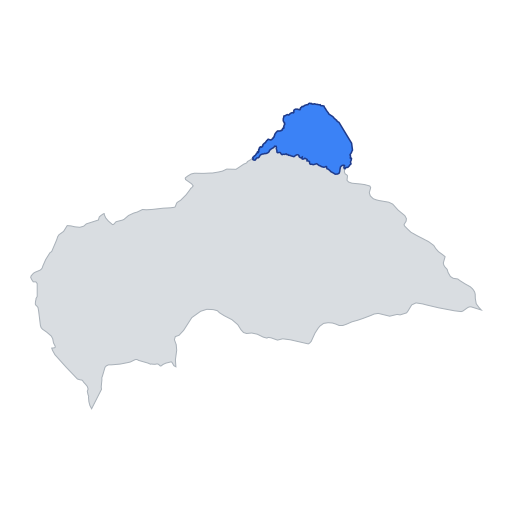 location of Birao, Vakaga, Central African Republic
{"feature_id": "33826404B56670707739048", "entity_name": "Birao", "entity_type": "district", "adm_level": 2, "iso_a3": "CAF", "parent_name": "Central African Republic", "parent_adm1": "Vakaga", "projection": "mercator", "projection_center": [22.276, 9.995], "detail": "fine", "context": "in_parent", "style": "filled", "palette": "blue", "viewbox_px": 512, "rotation_deg": 0, "n_neighbors": 0, "source": "geoboundaries", "source_scale": "gbopen_adm2", "svg_char_len": 9236}
<svg xmlns="http://www.w3.org/2000/svg" viewBox="0 0 512 512"><path d="M364.7,184.6L369.8,186.0L370.7,187.6L369.3,192.7L370.3,195.9L373.2,198.7L376.1,199.8L378.9,200.5L388.7,202.2L392.7,204.1L398.1,210.1L404.8,215.6L406.4,218.6L406.1,221.2L404.1,224.4L404.4,225.8L407.5,229.0L411.0,232.3L417.5,235.9L428.7,241.7L433.8,245.5L435.6,248.4L438.4,251.6L442.4,254.5L445.1,256.7L443.3,263.0L443.8,265.1L444.8,266.8L447.1,269.3L448.1,272.5L450.4,276.5L453.2,278.3L457.8,279.0L460.2,280.8L465.3,284.0L470.2,286.7L472.3,288.6L473.6,290.2L474.7,292.2L475.2,294.2L475.3,298.4L476.2,303.7L478.8,307.3L481.3,310.0L471.3,306.9L469.8,306.8L468.0,307.4L462.8,311.1L461.1,311.6L454.5,310.8L438.6,307.8L426.3,304.9L422.6,303.9L416.0,302.9L411.7,304.9L407.6,311.6L406.5,312.9L400.1,314.9L397.1,314.4L389.7,316.2L378.3,313.4L374.2,314.0L371.0,315.4L362.8,318.5L357.8,320.2L352.0,321.8L346.5,324.2L342.8,325.5L339.2,325.5L335.9,324.1L332.4,323.0L328.1,322.7L323.6,323.4L319.9,326.1L318.3,328.0L315.0,333.1L311.2,341.4L309.6,343.1L308.3,343.9L290.4,339.8L282.7,338.8L277.5,340.1L271.0,337.8L268.2,337.4L266.9,338.1L263.2,337.1L257.3,334.2L251.7,333.0L246.6,333.5L243.5,332.5L241.0,329.8L237.8,324.7L232.0,319.7L224.2,315.7L219.4,312.7L217.4,310.7L213.2,309.6L206.8,309.3L200.6,311.3L191.8,317.6L183.6,330.4L179.0,335.3L175.3,336.6L174.4,339.7L176.2,344.6L176.7,350.2L175.4,359.8L175.9,366.8L173.9,365.7L172.0,362.4L171.2,361.8L165.7,363.2L162.9,364.5L161.4,365.8L160.3,366.0L158.5,364.3L157.2,363.9L155.0,364.3L152.9,364.2L151.5,364.0L150.5,364.2L148.0,363.1L138.6,360.4L137.0,359.5L135.2,359.6L130.3,362.0L127.7,362.6L120.0,364.1L111.8,364.8L108.6,364.8L106.4,365.8L105.0,367.3L102.4,376.2L101.8,377.7L101.9,379.9L101.2,387.0L101.5,389.3L91.6,408.8L89.9,405.5L88.9,401.7L88.5,397.4L88.7,396.2L88.1,394.9L87.3,391.3L88.1,389.0L87.4,386.6L85.5,384.2L83.8,382.4L82.7,380.8L81.9,380.1L80.0,379.8L77.4,379.0L66.4,367.5L54.9,354.7L52.6,350.5L51.7,348.1L54.5,347.8L55.2,347.3L55.2,346.2L53.5,342.9L52.7,338.7L51.3,336.1L46.8,332.2L42.5,329.2L41.1,327.6L40.4,325.4L38.7,311.5L38.0,307.5L36.6,305.8L35.7,305.0L35.3,304.0L35.5,301.5L36.0,299.3L36.0,298.5L37.2,296.5L37.2,283.6L35.8,281.8L33.2,281.8L31.9,279.9L30.7,277.5L31.1,275.9L33.5,273.2L35.2,272.2L40.0,270.2L41.4,269.1L42.3,267.8L42.8,266.1L45.7,259.5L49.9,252.8L51.7,251.5L55.9,241.7L56.9,239.2L57.7,236.7L59.0,234.7L63.6,231.4L67.2,225.6L70.9,225.9L74.8,226.8L79.8,227.3L83.7,226.2L86.3,223.9L98.4,220.0L99.3,216.9L101.2,215.3L103.4,213.8L104.2,213.6L104.3,214.7L105.7,217.9L108.4,221.1L112.5,224.6L113.6,224.4L116.1,221.7L122.4,220.1L124.0,219.4L128.5,215.5L133.9,213.0L137.1,212.1L142.5,209.5L146.4,209.8L152.6,209.4L163.0,208.2L170.5,207.8L174.3,207.3L175.2,206.8L176.7,203.0L177.8,202.0L180.6,200.3L186.2,194.7L189.8,189.9L190.9,188.2L191.6,187.9L193.2,185.9L191.6,183.8L185.5,179.5L185.5,179.0L185.2,178.2L185.5,177.7L187.9,175.9L191.1,174.0L194.5,173.2L203.3,173.4L210.9,173.0L212.6,173.0L218.5,172.0L222.5,171.1L226.7,169.1L236.0,169.3L243.8,164.1L246.1,163.2L247.1,162.4L247.3,161.6L251.0,159.5L255.1,155.2L258.3,151.4L259.2,148.7L268.0,139.5L271.1,139.7L272.6,138.5L276.1,132.4L277.2,131.2L280.9,130.2L282.6,128.3L284.1,125.6L284.1,122.3L283.4,119.6L283.4,118.3L284.3,117.1L285.7,115.9L292.4,112.6L294.1,111.0L295.1,109.5L297.0,109.3L299.0,109.4L300.3,108.5L301.8,107.0L306.5,105.0L310.8,103.4L315.3,104.0L323.5,106.1L325.9,110.5L327.1,112.0L337.2,122.4L339.2,124.9L344.2,132.4L347.3,137.5L350.8,144.8L351.1,148.8L350.7,152.2L350.0,161.8L349.0,164.6L344.6,169.7L344.4,172.1L345.3,174.0L346.7,174.8L347.5,175.8L347.0,180.3L348.6,182.0L351.9,183.2L360.4,184.0L364.7,184.6Z" fill="#d9dde1" stroke="#a8b0b8" stroke-width="1"/><path d="M345.0,168.7L345.2,168.4L345.4,168.1L345.5,167.7L345.8,167.5L346.1,167.4L346.8,167.5L347.5,167.4L347.8,167.3L348.1,167.1L348.8,166.3L349.4,165.8L349.9,164.8L350.2,164.6L350.8,164.2L351.0,163.9L351.0,163.7L350.6,162.5L350.5,162.1L350.5,161.8L350.6,161.6L350.9,160.9L351.2,160.2L351.4,159.2L351.5,158.4L351.4,158.3L351.3,158.1L351.1,158.1L350.8,158.3L350.6,158.4L350.4,158.3L350.4,158.1L350.3,157.2L350.5,156.6L350.5,155.9L350.4,155.5L350.0,155.1L350.0,154.9L350.1,154.5L351.1,153.1L351.4,152.6L352.0,151.0L352.4,150.4L352.5,150.1L352.3,148.6L351.6,143.2L339.0,122.4L338.1,121.9L337.2,121.3L337.1,121.2L336.9,120.9L336.9,120.7L336.7,120.4L336.5,120.1L336.0,119.8L335.7,119.7L335.4,119.4L335.0,118.9L334.3,118.4L334.0,118.1L333.6,117.4L333.1,116.9L331.5,115.7L331.2,115.6L330.6,115.2L329.7,114.6L329.4,114.4L328.8,114.0L328.7,113.9L328.7,113.7L328.1,112.6L327.5,111.9L326.9,111.1L326.5,110.5L325.7,109.2L325.4,108.5L325.1,108.3L324.5,107.4L324.1,106.6L324.1,106.4L324.1,106.2L323.9,106.1L323.3,105.9L322.3,105.7L321.6,105.7L321.4,105.7L320.9,105.7L320.7,105.6L320.3,104.8L320.1,104.9L319.9,104.9L319.1,104.7L318.6,104.6L318.0,104.7L317.5,104.4L317.3,104.3L317.1,104.3L316.8,104.4L316.3,104.4L314.9,104.0L314.7,103.8L314.3,103.8L314.0,104.0L313.8,104.1L313.2,104.1L312.6,104.2L312.2,104.1L311.9,104.0L311.6,103.5L311.4,103.4L311.0,103.6L310.8,103.7L310.5,103.5L310.0,103.2L309.8,103.2L309.6,103.2L309.4,103.3L308.7,103.6L308.5,103.8L308.5,104.0L308.0,104.6L307.7,104.7L307.1,104.7L306.4,104.8L306.1,104.9L305.8,105.1L305.2,105.2L304.8,105.3L304.5,105.7L304.2,105.8L303.7,106.1L303.5,106.4L303.2,106.6L302.3,106.4L302.1,106.4L301.9,106.6L301.6,107.3L301.0,107.5L300.9,107.6L300.6,107.8L300.5,108.0L300.5,108.8L300.4,109.0L300.1,109.3L300.0,109.6L299.9,109.8L299.7,109.8L299.0,109.5L298.8,109.5L298.2,109.5L298.0,109.4L297.5,109.2L297.1,109.1L296.5,109.2L295.8,109.1L295.3,109.2L294.5,109.7L294.1,110.0L293.9,110.3L293.8,110.8L293.9,111.0L293.8,111.4L293.9,111.8L293.8,112.5L293.7,112.6L293.5,112.8L293.3,112.9L292.4,112.7L291.9,112.7L291.7,112.8L291.3,113.1L290.7,113.2L290.4,113.4L290.0,113.7L289.7,114.4L289.6,114.5L289.2,114.6L288.7,115.0L288.2,115.0L287.8,114.7L287.7,114.6L287.4,114.6L287.2,114.6L286.6,114.9L286.2,115.0L285.7,115.5L285.4,115.7L284.9,115.8L284.2,115.9L283.9,116.0L283.7,117.5L283.4,118.2L283.3,118.6L283.3,119.2L283.2,120.0L283.2,120.4L283.4,121.2L283.7,121.8L284.0,122.2L284.3,122.5L284.5,122.7L284.6,122.9L284.5,123.3L284.6,123.5L284.8,124.0L284.6,124.7L284.3,125.1L284.0,125.7L284.0,126.1L283.9,126.3L283.8,126.5L283.8,126.8L283.7,127.1L284.0,127.8L283.9,128.0L283.7,128.3L282.8,128.5L282.7,128.7L282.6,129.1L282.3,129.5L282.3,130.0L282.2,130.1L281.5,130.4L281.1,130.7L280.7,130.7L280.2,131.0L279.8,131.1L279.4,131.0L279.0,131.1L278.8,131.1L278.4,131.0L278.0,131.1L277.9,131.0L277.6,131.0L277.2,131.3L276.5,132.1L276.2,132.3L275.9,132.9L275.3,133.4L275.2,133.7L275.0,134.1L274.7,134.5L274.7,135.1L274.6,135.5L274.3,136.0L274.2,136.3L274.2,136.8L274.1,137.0L273.9,137.2L273.6,137.4L273.2,137.7L273.1,137.9L273.1,138.2L273.1,138.3L272.8,138.5L272.6,138.8L272.3,139.0L272.2,139.1L271.8,139.5L271.6,139.5L271.4,139.6L271.2,139.8L270.8,140.0L270.5,140.0L270.2,139.9L269.7,139.6L269.1,139.6L268.5,139.3L268.2,139.2L267.9,139.4L267.8,139.5L267.3,140.2L267.2,140.4L266.7,140.6L266.5,140.9L266.2,141.4L266.0,141.7L265.9,141.8L265.7,142.1L265.6,142.5L265.4,142.8L264.6,143.0L264.3,143.3L264.1,143.6L263.8,143.8L263.4,144.1L263.3,144.3L263.2,144.4L262.9,144.8L262.9,145.3L262.9,145.5L262.7,145.8L262.6,146.3L262.5,146.6L261.8,146.8L261.5,147.1L261.2,147.3L260.9,147.2L260.7,146.9L260.4,146.8L260.0,147.2L259.7,147.4L259.5,147.6L259.4,147.8L259.4,148.0L259.5,148.5L259.5,148.8L259.4,148.9L258.9,149.2L259.0,149.4L258.9,149.5L258.7,149.8L258.6,150.0L258.8,150.3L258.8,150.5L258.6,150.8L258.6,151.0L258.8,151.3L258.8,151.5L258.6,151.6L258.4,151.6L258.0,151.7L258.1,151.8L258.4,152.2L258.4,152.5L258.2,152.5L257.6,152.5L257.4,152.5L257.3,152.8L257.3,153.0L256.6,153.3L256.4,153.6L256.2,154.2L256.0,154.5L255.8,154.7L255.3,155.4L255.1,155.5L254.8,155.7L254.3,155.9L254.0,156.6L253.7,156.8L253.2,157.0L252.8,157.7L252.9,157.9L253.0,158.1L252.9,158.1L253.0,158.5L252.7,159.2L253.3,159.9L254.9,160.2L255.4,159.9L255.8,159.3L256.3,158.4L257.1,157.9L258.3,157.8L259.2,157.0L260.2,155.1L261.7,154.3L262.6,154.0L263.9,153.9L264.5,153.5L265.8,153.6L267.0,153.2L268.1,152.6L269.1,151.7L269.6,150.2L270.2,149.9L270.7,149.5L271.2,148.9L273.6,147.6L274.1,147.0L274.6,146.2L276.2,146.3L276.5,147.6L276.3,148.2L276.4,149.0L276.9,150.6L276.9,151.7L277.1,152.4L277.5,152.7L278.4,152.6L279.5,152.4L280.3,152.6L281.0,153.8L282.1,154.7L282.5,154.4L283.6,154.2L284.3,154.4L285.1,154.3L286.1,153.8L287.0,154.7L287.9,154.5L288.6,155.3L290.2,155.4L291.0,155.9L291.9,156.1L293.9,156.7L295.8,155.3L297.0,154.7L298.0,154.8L298.5,155.1L299.1,155.8L299.0,156.4L299.3,156.9L300.4,157.7L301.1,157.9L301.7,157.4L302.2,157.1L302.0,158.5L302.3,159.1L303.8,159.0L304.9,158.2L307.2,159.5L306.9,160.8L307.9,161.0L308.9,161.2L309.5,161.7L309.5,162.2L309.6,163.1L310.0,164.0L310.5,164.3L311.3,164.2L312.4,164.4L313.1,164.7L313.7,164.6L316.7,163.7L318.3,164.9L319.2,165.6L320.6,165.9L321.1,166.5L323.6,167.2L324.6,167.1L325.3,166.9L325.9,166.5L326.3,166.5L326.7,167.0L326.7,167.9L327.0,168.8L328.1,169.1L329.7,170.4L331.0,171.8L331.9,172.2L333.9,173.3L335.2,174.2L337.7,174.0L339.2,173.1L339.7,171.5L340.0,169.1L340.5,166.9L341.3,166.1L342.2,165.4L343.6,165.2L344.3,165.4L344.5,165.5L344.1,166.3L343.9,167.6L344.1,168.1L344.3,168.6L345.0,168.7Z" fill="#3b82f6" stroke="#1e3a8a" stroke-width="1.5"/></svg>